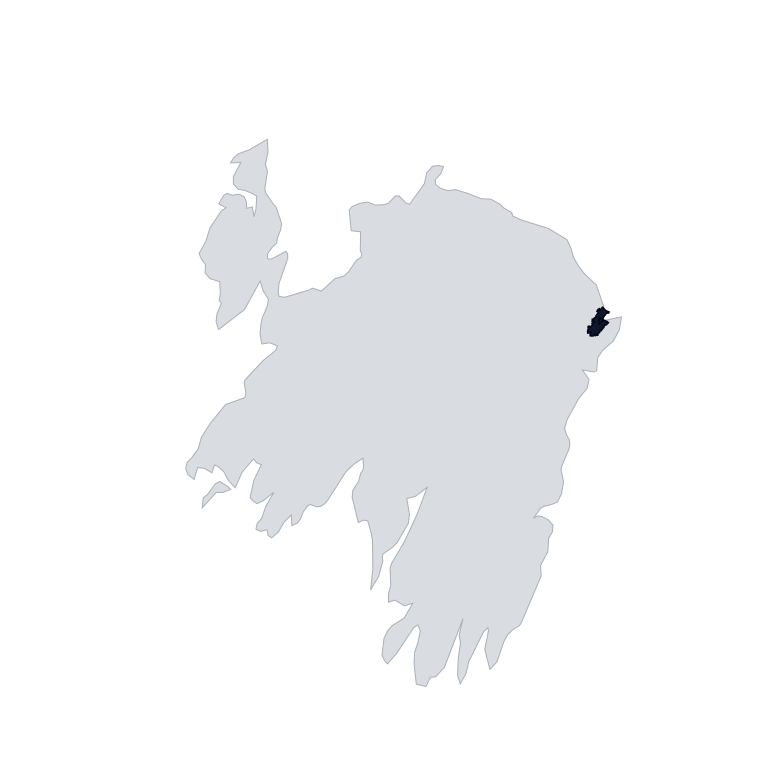 Wexford Lea-7, Wexford, Ireland (highlighted), rotated 306°
{"feature_id": "5873133B47724630895547", "entity_name": "Wexford Lea-7", "entity_type": "district", "adm_level": 2, "iso_a3": "IRL", "parent_name": "Ireland", "parent_adm1": "Wexford", "projection": "natural_earth1", "projection_center": [-6.494, 52.363], "detail": "fine", "context": "in_parent", "style": "filled", "palette": "ink", "viewbox_px": 768, "rotation_deg": 306, "n_neighbors": 0, "source": "geoboundaries", "source_scale": "gbopen_adm2", "svg_char_len": 8334}
<svg xmlns="http://www.w3.org/2000/svg" viewBox="0 0 768 768"><g transform="rotate(306 384 384)"><path d="M487.4,164.8L471.4,173.1L468.9,176.3L464.4,189.0L463.8,192.6L453.7,206.8L448.0,209.7L439.6,212.0L434.7,214.3L428.7,213.1L421.0,213.3L417.2,215.9L417.4,217.8L419.7,220.0L433.8,226.6L432.9,229.3L428.9,232.4L403.5,240.0L395.9,244.6L393.2,247.7L395.9,252.8L416.0,268.1L419.5,269.8L422.4,278.7L440.3,282.4L447.6,288.0L453.9,289.4L467.6,288.9L473.1,291.0L476.2,289.4L478.0,286.4L493.4,275.6L488.7,267.4L504.2,253.6L508.5,253.8L515.7,258.0L521.7,263.9L523.6,271.8L529.2,278.8L532.9,281.3L542.7,282.7L545.0,285.5L543.3,295.7L544.7,299.1L569.8,298.9L579.9,294.4L588.6,295.2L592.9,299.8L594.8,304.5L587.3,306.3L579.5,305.4L575.7,308.5L575.4,314.4L578.1,322.2L583.3,327.6L587.5,340.0L591.0,353.7L596.4,362.0L597.6,372.3L596.8,377.3L597.8,386.4L595.5,389.6L597.2,398.1L606.5,425.7L608.3,447.2L603.8,455.3L597.8,462.9L593.8,472.0L590.8,481.8L588.9,497.7L575.8,516.2L570.2,520.8L563.7,523.7L577.9,536.7L566.3,542.5L553.6,544.3L539.6,541.1L530.9,541.5L519.8,548.2L517.3,547.0L512.0,536.3L508.2,547.3L500.1,550.8L486.2,550.1L463.1,553.0L454.2,556.2L450.5,561.1L447.7,566.8L444.1,570.1L440.0,571.9L422.1,576.1L418.6,577.7L410.2,586.9L399.3,592.2L390.3,593.8L382.4,588.5L379.1,585.3L375.5,583.6L363.2,583.9L367.1,585.5L369.5,589.3L370.7,596.5L369.2,603.6L363.1,607.2L355.9,607.9L344.4,615.2L329.3,617.2L321.1,624.0L271.1,635.5L268.2,635.6L261.4,632.7L253.9,631.4L246.5,632.3L225.5,638.7L215.4,637.4L228.5,621.5L246.0,613.5L247.8,611.3L242.2,610.2L209.2,615.8L197.6,620.6L186.2,621.9L191.6,614.7L206.5,604.8L219.4,598.2L225.0,592.4L240.6,585.8L190.3,599.4L177.2,597.8L174.2,594.0L163.9,595.7L160.2,586.5L175.6,572.6L184.6,566.6L195.1,563.3L205.3,558.7L209.1,553.0L204.4,551.2L174.1,552.6L159.7,551.4L160.6,546.9L163.3,541.9L178.5,533.4L186.6,532.0L193.8,532.8L206.5,537.9L223.5,536.2L216.5,530.8L215.5,519.7L210.1,516.0L217.1,510.9L225.1,507.8L238.5,497.2L243.2,495.6L269.5,493.0L297.8,487.4L325.8,479.7L311.5,475.4L304.7,469.8L293.6,481.2L285.5,485.6L263.1,487.9L256.0,486.6L246.0,483.1L242.9,484.4L240.0,487.2L225.0,492.8L209.4,494.2L227.7,483.8L251.0,466.4L256.2,460.9L263.7,451.3L261.5,447.0L256.8,444.6L273.7,424.8L279.6,421.3L290.3,420.7L298.1,417.6L301.6,417.6L304.7,416.4L311.6,410.5L301.1,406.7L290.2,404.8L256.4,406.8L252.0,406.4L247.8,404.6L245.2,402.0L243.2,395.3L240.8,393.8L233.2,393.8L225.6,395.8L220.4,395.6L215.3,392.7L223.6,385.9L213.1,384.3L202.3,385.6L193.5,383.5L193.3,379.2L197.4,375.0L192.2,370.9L191.2,365.8L196.8,363.3L203.0,364.1L215.6,360.3L231.7,358.5L218.0,354.7L212.5,351.5L212.4,346.6L213.5,342.4L229.6,335.3L246.6,332.2L245.4,327.5L246.7,322.5L229.6,321.0L212.6,324.6L214.5,314.9L218.8,306.2L219.7,300.5L219.0,294.4L211.0,297.0L210.2,288.3L206.9,282.4L195.1,286.5L195.5,278.6L199.0,273.2L205.2,270.8L211.3,271.8L222.6,271.7L233.5,267.6L249.3,266.6L274.3,267.9L291.3,279.5L295.8,277.4L302.8,270.1L306.0,269.2L331.9,272.4L348.0,276.7L352.3,275.3L350.1,267.2L344.6,261.6L351.7,254.2L360.2,249.2L365.8,246.7L378.9,243.6L384.6,240.7L388.5,231.2L394.6,223.3L361.9,227.4L330.8,218.1L335.8,211.5L342.5,207.7L353.8,204.9L354.9,201.4L360.7,198.5L370.2,191.0L366.9,181.2L368.8,174.0L375.6,169.4L377.8,162.7L380.9,157.7L394.7,156.0L408.1,151.4L428.5,150.7L433.8,152.6L432.7,144.5L442.3,143.4L446.0,145.1L447.7,150.8L452.0,154.5L453.3,160.8L450.4,165.8L445.4,169.6L449.9,173.4L442.9,180.5L450.4,177.5L461.2,170.6L460.6,165.0L458.9,157.9L455.9,151.6L457.3,144.5L463.4,140.2L479.1,138.0L472.7,130.0L478.5,129.3L484.7,130.9L493.9,137.1L513.4,145.8L503.8,153.6L492.1,158.9L487.4,164.8ZM209.2,318.1L208.7,321.9L201.3,317.2L197.7,312.0L177.1,309.7L185.8,304.6L190.0,306.1L204.5,306.3L208.6,308.5L209.2,318.1Z" fill="#d9dde1" stroke="#a8b0b8" stroke-width="1"/><path d="M554.9,516.8L554.7,517.4L554.6,517.6L554.4,517.8L554.0,517.8L553.5,517.9L553.3,517.8L552.6,517.6L552.3,517.6L552.0,517.6L551.3,517.6L551.2,517.3L551.0,516.9L550.9,516.6L550.9,516.4L551.3,516.2L551.2,516.1L551.3,515.9L551.2,515.7L550.9,515.4L550.5,515.4L550.2,515.4L550.0,515.5L549.8,515.9L549.6,516.0L549.3,516.5L548.6,516.8L547.8,517.0L547.5,517.3L546.8,517.5L546.3,517.6L546.0,518.0L545.4,518.5L544.9,519.0L545.9,519.8L546.3,520.3L546.7,520.6L546.9,520.6L547.0,520.7L546.7,520.9L546.8,521.1L546.4,521.3L545.9,521.3L545.8,521.5L545.7,521.6L545.6,521.8L545.4,522.0L545.2,521.8L545.0,522.0L544.7,522.0L544.2,522.4L544.9,523.2L544.9,523.3L544.8,523.5L544.9,524.0L545.2,524.1L545.4,524.3L545.5,524.4L545.5,524.6L545.7,524.8L545.8,524.8L546.0,525.1L546.5,525.5L547.0,525.5L547.6,525.7L547.8,525.5L548.0,525.6L548.2,525.4L548.3,525.5L548.4,525.8L548.3,526.0L548.0,526.1L548.2,526.3L547.8,526.8L548.7,526.9L548.6,527.1L548.7,527.6L548.7,527.8L548.8,528.0L549.0,528.2L549.1,528.3L549.5,528.2L550.0,527.9L550.1,527.7L550.3,527.6L550.8,527.7L551.1,527.7L551.3,527.8L551.6,527.9L551.8,527.9L552.4,528.2L553.5,527.5L554.1,527.9L554.5,528.0L554.8,528.5L555.0,528.5L555.0,528.3L555.5,528.1L556.0,528.0L556.4,528.2L556.7,528.4L556.8,528.3L557.7,528.4L558.8,528.6L559.4,528.5L559.7,528.4L559.9,528.3L560.2,528.1L560.3,527.9L560.9,527.8L561.9,528.7L562.4,529.0L563.1,529.2L564.2,529.3L564.7,529.4L564.8,529.5L565.4,529.4L565.2,529.2L565.3,529.1L565.4,528.9L565.5,528.9L565.5,528.7L565.4,528.6L565.3,528.4L565.4,528.2L565.2,528.1L565.3,528.0L565.2,527.9L565.3,527.6L565.2,527.5L565.3,527.5L565.2,527.4L565.2,527.2L565.5,526.6L565.5,526.3L565.5,526.2L565.4,526.2L565.4,525.9L565.3,525.7L565.1,525.6L565.1,525.4L565.1,525.5L565.1,525.3L564.8,525.1L564.7,525.2L564.3,524.7L564.2,524.5L564.3,524.7L564.2,524.7L563.7,523.9L563.0,523.7L562.7,523.6L562.4,523.5L562.3,523.4L562.2,523.3L562.4,522.9L561.7,522.7L561.2,522.6L560.6,522.5L559.6,522.9L559.4,523.1L558.9,523.1L558.9,522.9L559.0,522.8L559.3,522.6L559.5,522.5L559.5,522.3L559.8,522.2L560.0,522.0L560.0,521.9L559.9,521.9L560.0,521.8L560.2,521.7L560.5,521.8L561.0,521.3L561.6,521.0L561.6,520.9L561.4,520.6L561.4,520.3L561.4,520.2L561.5,520.1L562.2,520.0L562.4,519.9L562.6,519.6L562.8,519.6L562.9,519.4L563.1,519.5L563.3,519.3L563.6,519.4L563.6,519.5L563.9,519.8L564.0,519.8L564.1,519.7L563.9,519.4L564.0,519.3L564.1,519.2L563.8,519.1L564.0,518.9L563.8,518.9L564.1,518.7L563.9,518.7L564.0,518.6L563.9,518.4L564.0,518.5L563.9,518.7L564.1,518.7L564.0,518.8L563.8,518.8L564.0,518.9L563.9,519.1L564.0,519.1L564.1,519.3L563.9,519.4L564.2,519.6L564.4,519.6L564.3,519.8L564.2,519.8L564.3,519.8L564.2,519.8L564.0,520.0L563.9,520.1L563.7,520.2L563.3,520.3L563.2,520.4L563.3,520.5L563.2,520.5L562.9,520.9L563.1,520.7L562.9,520.9L562.8,521.2L563.2,521.8L563.2,522.1L563.0,522.6L563.1,522.8L563.3,523.1L563.2,523.2L563.4,523.1L563.7,523.2L564.0,523.2L564.4,523.3L564.4,523.5L564.5,523.7L564.5,523.8L564.4,523.8L564.5,523.8L564.4,523.9L564.4,524.2L564.6,524.6L565.1,524.8L565.4,524.9L565.0,524.7L564.6,524.6L564.5,524.3L564.6,524.2L564.7,523.9L565.1,523.5L565.7,522.6L566.2,522.4L566.6,522.3L567.9,522.3L568.0,522.3L568.3,522.3L570.0,522.4L570.8,522.3L571.7,522.4L572.4,522.7L572.9,523.3L572.9,523.6L573.3,523.9L573.8,524.0L574.6,523.8L574.6,523.6L574.4,523.2L574.3,522.7L574.2,522.4L574.0,521.2L573.9,520.0L574.0,518.8L574.1,517.9L574.4,517.1L574.8,515.9L574.6,515.7L574.4,515.8L574.3,515.7L574.2,515.6L573.5,515.7L573.3,515.7L573.2,515.6L572.9,515.6L571.9,515.3L571.3,515.5L570.8,515.4L570.6,515.4L570.4,515.3L570.2,515.2L570.4,515.0L570.3,514.8L570.2,514.8L570.3,514.8L570.2,514.4L570.7,514.2L571.1,514.0L571.3,513.9L571.1,513.8L571.0,513.6L570.3,513.5L570.0,513.3L569.6,513.3L569.4,513.4L568.9,513.5L568.2,513.4L567.9,513.5L567.9,513.8L567.9,514.0L568.0,514.1L568.0,514.3L568.1,514.5L567.9,515.0L567.7,515.1L567.6,515.4L567.6,515.8L567.4,516.0L567.2,515.9L566.7,515.6L566.4,515.6L566.3,515.4L566.0,515.4L565.7,515.4L565.1,515.4L564.7,515.5L564.4,515.6L564.1,515.6L564.0,515.4L563.7,515.4L563.5,515.6L562.9,515.9L563.0,516.0L562.8,516.1L562.9,516.3L562.6,516.2L562.2,515.9L561.9,515.9L561.7,515.7L561.3,515.5L561.2,515.4L561.0,515.5L560.9,515.5L560.6,515.5L560.3,515.3L560.0,515.3L559.6,514.9L559.4,514.8L559.2,514.9L558.3,515.0L558.3,514.9L558.0,515.2L557.8,515.2L557.8,515.4L557.7,515.5L557.2,515.6L557.4,515.8L557.5,516.0L557.9,516.8L557.9,517.4L557.8,517.5L557.6,517.7L557.5,517.4L557.1,517.3L557.1,517.1L556.8,517.1L556.6,517.0L556.2,517.0L555.8,516.8L555.6,516.6L554.9,516.8Z" fill="#0f172a" stroke="#020617" stroke-width="1.5"/></g></svg>